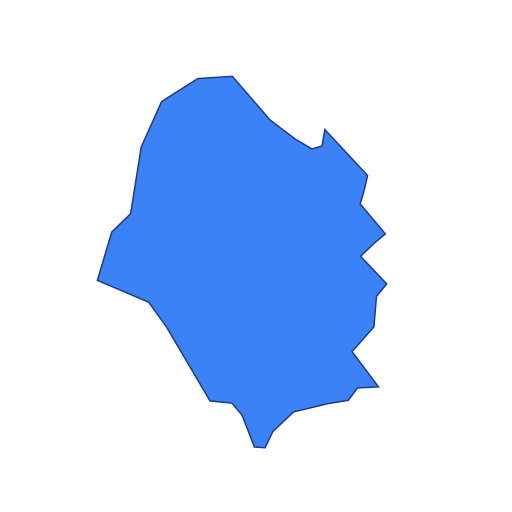 Gramsh, Elbasan, Albania (Mercator projection), rotated 230°
{"feature_id": "67620474B60363170083379", "entity_name": "Gramsh", "entity_type": "district", "adm_level": 2, "iso_a3": "ALB", "parent_name": "Albania", "parent_adm1": "Elbasan", "projection": "mercator", "projection_center": [20.218, 40.831], "detail": "fine", "context": "isolated", "style": "filled", "palette": "blue", "viewbox_px": 512, "rotation_deg": 230, "n_neighbors": 0, "source": "geoboundaries", "source_scale": "gbopen_adm2", "svg_char_len": 610}
<svg xmlns="http://www.w3.org/2000/svg" viewBox="0 0 512 512"><g transform="rotate(230 256 256)"><path d="M96.6,216.4L86.1,233.9L89.7,249.0L77.0,265.7L121.0,268.1L125.9,300.8L147.6,322.3L150.6,338.2L188.6,335.9L189.8,355.0L189.8,369.3L229.0,369.3L235.7,379.6L245.9,393.2L308.6,390.0L297.8,377.3L302.0,367.7L320.1,361.3L334.0,358.1L350.9,354.2L408.8,353.4L429.3,325.5L435.0,283.0L413.3,238.2L369.0,187.1L367.1,160.9L339.3,118.8L289.6,144.1L259.8,141.9L174.5,127.6L158.8,143.0L143.0,143.0L110.7,132.0L103.3,139.7L110.7,156.1L112.4,184.6L96.6,216.4Z" fill="#3b82f6" stroke="#1e3a8a" stroke-width="1.5"/></g></svg>